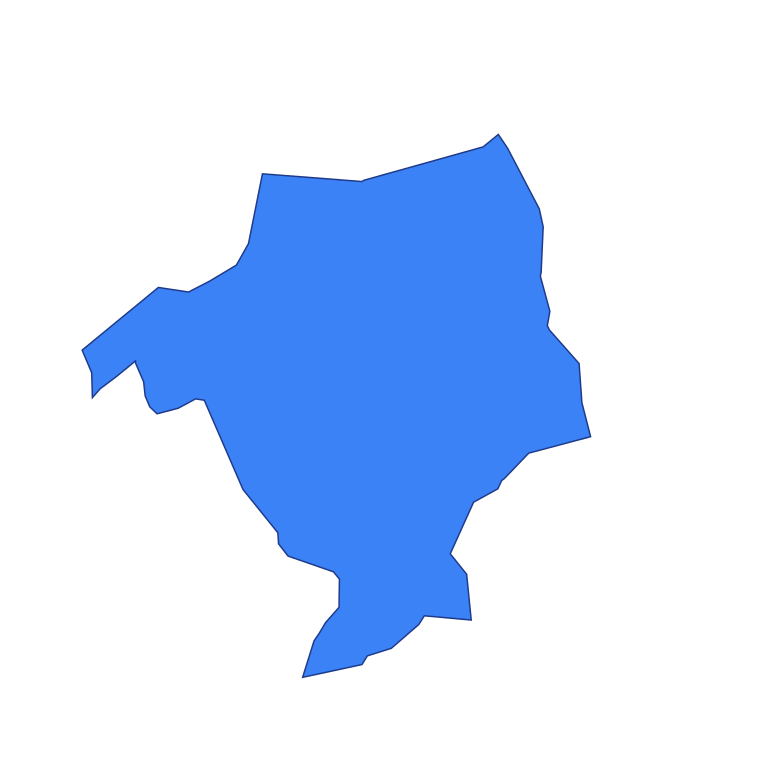 Urue Offong/Oruko, Akwa Ibom, Nigeria, rotated 143°
{"feature_id": "59680162B91433810506609", "entity_name": "Urue Offong/Oruko", "entity_type": "district", "adm_level": 2, "iso_a3": "NGA", "parent_name": "Nigeria", "parent_adm1": "Akwa Ibom", "projection": "orthographic", "projection_center": [8.177, 4.73], "detail": "fine", "context": "isolated", "style": "filled", "palette": "blue", "viewbox_px": 768, "rotation_deg": 143, "n_neighbors": 0, "source": "geoboundaries", "source_scale": "gbopen_adm2", "svg_char_len": 903}
<svg xmlns="http://www.w3.org/2000/svg" viewBox="0 0 768 768"><g transform="rotate(143 384 384)"><path d="M456.4,143.0L432.5,182.3L433.3,208.5L383.6,235.7L356.1,231.8L348.1,236.1L345.2,236.0L310.0,241.7L250.7,217.6L237.2,250.0L215.9,282.9L219.4,327.6L218.4,332.4L207.8,342.2L194.2,376.1L191.4,378.5L162.3,413.7L154.6,430.4L143.4,497.8L142.5,514.5L162.1,513.7L277.4,558.8L279.8,559.0L354.6,625.0L407.7,577.7L430.3,567.8L461.4,571.1L484.8,575.1L506.1,596.9L604.7,592.7L610.7,568.8L625.1,548.6L613.5,551.0L592.6,551.0L568.6,552.0L569.9,550.0L574.6,530.5L581.9,518.2L584.8,506.7L583.2,496.8L562.9,488.5L543.4,485.5L537.3,479.2L560.1,384.6L558.3,329.1L564.4,319.8L564.2,304.3L537.4,264.4L537.0,255.0L548.0,240.9L554.3,232.7L574.3,228.6L585.7,223.9L594.4,221.0L625.5,198.7L570.4,173.2L560.9,176.9L537.1,168.5L500.9,171.0L491.3,174.6L456.4,143.0Z" fill="#3b82f6" stroke="#1e3a8a" stroke-width="1.5"/></g></svg>